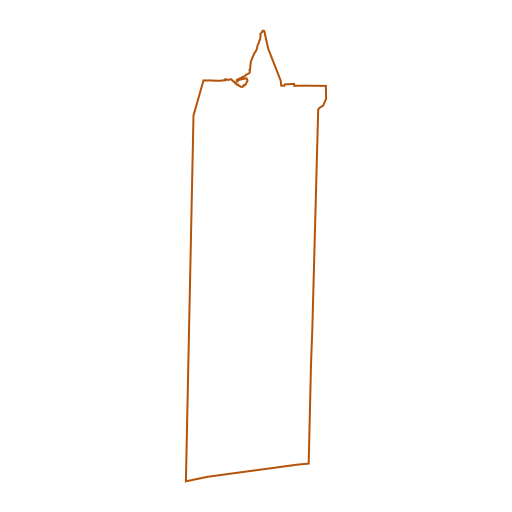 the district of Gagaifomauga II, Gaga'ifomauga, Samoa
{"feature_id": "51752279B51367049300585", "entity_name": "Gagaifomauga II", "entity_type": "district", "adm_level": 2, "iso_a3": "WSM", "parent_name": "Samoa", "parent_adm1": "Gaga'ifomauga", "projection": "robinson", "projection_center": [-172.418, -13.533], "detail": "fine", "context": "isolated", "style": "outline", "palette": "amber", "viewbox_px": 512, "rotation_deg": 0, "n_neighbors": 0, "source": "geoboundaries", "source_scale": "gbopen_adm2", "svg_char_len": 1387}
<svg xmlns="http://www.w3.org/2000/svg" viewBox="0 0 512 512"><path d="M311.0,364.2L312.3,329.7L314.5,247.7L318.2,109.6L319.6,107.8L322.2,106.1L322.9,105.9L323.7,104.3L326.1,98.9L326.0,94.1L325.9,85.9L305.9,85.7L302.2,85.7L294.2,85.8L294.1,83.9L284.8,84.4L284.2,85.8L281.2,85.6L280.7,80.7L268.2,48.7L264.2,30.9L262.7,30.7L262.0,32.0L260.6,33.6L260.3,34.3L260.7,35.2L260.4,36.8L260.2,39.3L259.3,40.8L259.1,41.9L258.4,43.7L257.7,44.8L257.4,46.5L256.6,49.8L255.8,51.1L254.2,53.5L253.0,56.4L252.3,58.0L250.8,61.8L250.6,63.6L250.1,69.0L249.4,70.1L249.9,70.7L249.8,72.0L249.7,72.6L249.0,73.3L246.7,74.5L246.1,74.6L245.4,75.6L243.4,76.9L242.5,76.9L241.7,77.6L237.2,79.7L236.8,80.0L236.9,80.9L237.4,81.4L238.4,80.1L241.0,79.5L242.0,79.0L243.2,79.0L246.4,78.3L246.8,78.8L247.5,80.5L247.4,81.2L246.7,82.0L246.0,84.0L245.8,84.1L244.9,85.1L244.0,84.9L243.5,85.4L243.6,86.1L242.5,86.9L241.0,86.8L240.0,86.2L239.2,86.0L238.8,85.3L238.3,85.2L237.8,84.5L237.2,84.8L236.2,84.1L235.9,83.1L235.5,82.7L234.8,82.8L234.3,81.6L233.1,81.3L232.4,80.7L231.6,79.5L230.5,79.2L229.3,79.7L227.9,79.9L226.7,79.7L226.2,79.2L225.4,79.3L225.7,80.1L225.0,80.5L224.0,80.1L223.5,80.3L222.1,80.6L218.5,80.8L217.1,80.7L212.4,80.6L209.6,80.4L204.2,80.5L203.5,80.4L193.5,115.4L185.9,481.3L207.5,476.8L228.8,473.9L250.3,471.0L267.5,468.7L296.8,464.7L308.7,463.6L311.0,364.2Z" fill="none" stroke="#b45309" stroke-width="2"/></svg>